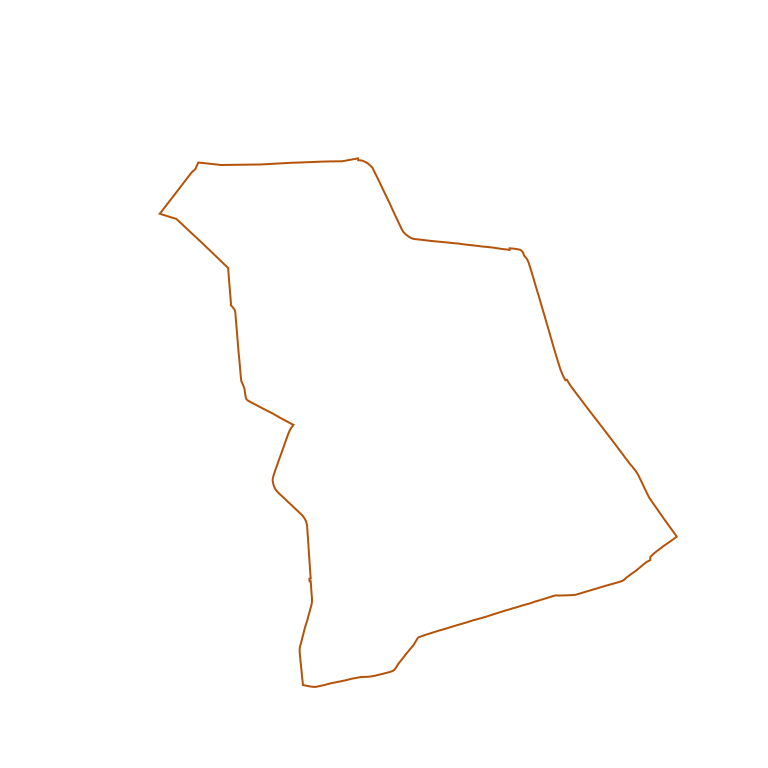 the district of Venustiano Carranza, Distrito Federal, Mexico, rotated 245°
{"feature_id": "50627088B79024573117957", "entity_name": "Venustiano Carranza", "entity_type": "district", "adm_level": 2, "iso_a3": "MEX", "parent_name": "Mexico", "parent_adm1": "Distrito Federal", "projection": "mercator", "projection_center": [-99.095, 19.432], "detail": "fine", "context": "isolated", "style": "outline", "palette": "amber", "viewbox_px": 768, "rotation_deg": 245, "n_neighbors": 0, "source": "geoboundaries", "source_scale": "gbopen_adm2", "svg_char_len": 5674}
<svg xmlns="http://www.w3.org/2000/svg" viewBox="0 0 768 768"><g transform="rotate(245 384 384)"><path d="M145.5,183.2L141.4,188.8L139.1,192.4L138.1,194.9L137.9,195.9L136.3,203.1L135.6,207.4L135.0,210.3L132.8,219.3L132.4,221.1L131.6,224.3L130.6,229.9L128.1,239.5L126.5,243.2L126.5,243.3L126.2,243.9L125.2,246.2L123.4,252.5L122.9,255.2L122.0,259.7L120.6,267.2L120.3,270.0L120.3,271.3L120.7,272.8L121.8,274.9L122.6,276.1L124.1,278.3L130.2,290.4L132.2,294.5L134.5,299.5L135.0,300.6L139.5,307.2L139.8,308.4L139.2,315.0L138.5,320.3L137.9,325.1L137.3,329.7L136.2,336.3L135.1,344.6L133.9,352.4L133.0,358.4L132.2,364.8L131.2,370.5L129.9,378.6L129.2,384.5L128.5,389.8L128.1,392.9L127.3,399.0L127.0,400.5L126.4,405.0L125.9,408.3L125.4,411.1L124.8,416.1L123.7,422.3L123.4,424.0L123.3,424.7L123.0,429.0L122.6,431.1L122.4,432.2L122.4,432.6L121.4,439.7L120.6,446.0L119.8,450.5L119.3,451.3L118.3,453.3L115.8,459.0L112.9,465.9L112.0,468.6L110.5,478.7L110.2,480.9L108.8,490.2L107.3,500.6L106.8,503.6L105.6,510.8L104.8,516.5L105.1,518.9L106.1,521.9L107.2,527.3L107.8,530.6L108.3,533.3L109.0,536.2L110.1,540.3L111.0,543.5L111.7,546.7L111.8,549.1L111.8,550.9L114.8,552.3L116.1,556.4L117.1,560.1L118.0,564.3L118.5,566.8L118.8,567.8L120.7,578.6L121.9,584.8L122.1,584.8L133.9,582.6L138.4,581.7L145.2,580.4L149.1,579.8L149.9,579.6L153.2,579.0L153.9,578.9L157.9,578.2L159.8,577.9L163.1,577.3L168.9,576.3L179.8,576.1L185.5,576.1L191.2,576.0L194.5,575.9L197.9,575.5L199.0,575.3L202.8,574.4L204.3,574.1L204.8,573.9L205.3,573.7L207.3,573.2L209.7,572.7L214.2,571.7L228.1,568.8L247.0,564.7L255.9,562.7L259.1,562.0L264.7,560.7L273.3,558.8L278.2,557.7L284.4,556.4L290.0,555.2L299.6,553.1L304.9,552.1L310.5,551.6L310.8,550.0L311.3,550.0L314.3,549.8L316.4,549.8L317.8,549.8L321.8,550.0L323.9,550.2L326.8,550.6L327.5,550.7L330.4,551.1L333.3,551.5L336.2,551.9L339.1,552.3L341.8,552.7L344.9,553.2L345.2,553.2L349.8,553.9L354.5,554.7L354.9,554.7L358.6,555.3L364.0,556.2L369.0,556.9L373.3,557.6L377.7,558.3L383.1,559.1L387.1,559.7L390.5,560.2L394.2,560.8L398.1,561.4L401.9,561.9L405.9,562.5L409.4,563.0L413.2,563.6L417.0,564.2L420.8,564.7L425.3,565.4L428.4,565.8L432.5,566.3L434.7,566.4L435.5,566.5L435.9,566.5L437.8,566.2L440.4,565.5L441.0,565.2L444.2,565.6L446.1,565.1L447.9,564.4L450.8,560.5L453.9,555.2L453.7,555.1L452.4,554.4L453.8,552.5L454.5,551.3L455.2,550.1L456.7,547.7L459.0,544.2L460.6,541.9L462.1,539.6L463.8,536.7L465.1,534.6L466.2,532.6L467.5,530.5L469.9,526.7L472.1,523.1L474.9,518.5L476.6,515.8L478.4,512.8L479.1,512.0L479.7,511.1L480.0,510.5L480.1,510.3L480.5,509.6L486.9,498.8L492.6,489.1L493.2,488.0L498.2,480.0L500.3,476.5L502.9,472.3L504.0,471.0L505.8,469.5L507.2,468.6L509.1,467.6L511.0,466.7L513.0,466.0L514.4,465.7L516.4,465.5L516.9,465.5L531.6,465.4L538.0,465.4L545.6,465.5L559.3,465.3L571.6,465.2L584.9,464.9L585.3,464.8L586.1,464.5L587.3,464.0L588.4,463.6L589.4,463.2L590.3,462.8L591.0,462.3L591.7,461.9L592.4,461.5L593.2,460.9L594.2,460.0L595.4,458.9L596.1,458.1L596.6,457.2L597.1,456.3L597.7,455.2L599.5,455.8L600.6,451.5L602.8,443.0L603.5,440.4L605.3,436.3L606.7,433.2L607.0,432.5L609.0,428.1L611.3,422.8L611.7,421.9L621.2,399.2L622.4,396.5L623.1,394.9L635.2,364.7L649.6,332.8L651.2,329.1L654.2,324.2L660.4,314.0L661.9,311.5L663.2,309.3L658.5,303.8L656.9,298.7L656.1,297.3L653.4,292.0L653.2,291.6L647.7,281.1L647.1,279.8L646.5,278.8L640.7,267.5L640.3,266.7L633.3,253.2L633.1,252.7L631.2,254.7L628.6,257.6L625.7,260.8L625.0,261.5L623.6,263.1L621.5,265.5L616.5,267.6L612.4,269.2L607.1,271.3L601.4,273.6L597.7,275.1L588.8,278.7L584.4,280.4L579.5,282.3L574.7,284.2L569.2,286.3L562.1,289.0L556.0,291.4L555.1,291.8L552.8,290.9L551.5,290.4L547.2,288.8L543.2,287.3L538.9,285.7L534.8,284.2L521.3,279.2L520.3,278.4L517.4,279.4L515.4,279.8L514.6,279.9L513.5,279.8L512.6,279.7L512.0,279.6L503.4,276.4L471.7,264.7L466.2,262.8L465.1,262.4L454.7,258.6L447.1,255.9L443.0,255.9L440.4,255.7L438.7,255.5L431.9,253.5L430.0,253.0L428.1,252.9L426.2,253.9L423.6,255.8L415.3,262.1L407.6,268.0L405.4,269.8L397.8,275.2L387.1,283.2L385.2,284.7L384.2,282.6L382.6,280.0L379.9,276.8L377.9,274.8L375.0,271.9L373.6,270.5L372.6,269.5L369.8,266.8L367.9,264.9L367.4,264.5L365.3,262.4L362.9,260.0L361.5,258.6L360.3,257.4L357.9,255.0L357.0,254.2L355.2,252.4L353.7,250.9L352.6,249.8L351.2,248.5L348.8,246.2L347.6,245.1L346.0,243.8L345.4,243.3L343.8,242.4L342.2,241.9L340.3,241.4L338.9,241.2L336.9,241.0L334.8,241.1L333.4,241.3L332.3,241.6L329.8,242.4L329.0,242.7L325.3,244.2L325.1,244.3L321.1,245.9L318.2,247.0L314.8,248.4L312.1,249.5L311.3,249.8L308.1,251.0L305.3,252.2L304.4,252.5L299.5,254.4L298.9,254.6L295.7,255.2L294.3,255.3L293.6,255.3L292.0,255.2L290.1,254.9L288.3,254.5L288.1,254.4L287.9,254.4L287.6,254.2L284.7,253.1L284.1,252.9L282.4,252.2L280.1,251.3L276.8,250.1L273.6,248.8L270.9,247.8L269.3,247.2L268.0,246.6L265.0,245.5L260.7,243.8L259.3,243.3L256.2,242.1L253.4,241.0L252.0,240.5L250.6,239.9L247.7,238.8L244.9,237.7L243.3,237.1L242.0,236.6L238.7,235.4L239.1,234.1L237.9,233.6L236.7,233.2L236.3,234.2L232.8,232.9L231.4,232.4L230.0,231.8L228.2,231.1L227.3,230.8L226.2,230.4L224.2,229.6L220.8,228.4L219.8,228.0L219.4,227.8L218.1,227.2L217.0,226.6L216.4,226.3L215.3,225.5L214.3,224.7L213.4,224.0L211.2,222.1L210.7,221.7L208.4,219.8L205.7,217.4L205.2,217.0L202.6,214.9L201.9,214.3L199.1,211.6L196.9,209.7L195.2,208.2L191.8,205.5L189.3,203.4L187.0,201.5L186.2,200.9L183.1,198.3L182.0,197.3L181.6,197.0L180.9,196.5L180.3,196.1L179.5,195.6L178.9,195.3L178.1,194.9L177.8,194.8L176.6,194.3L174.4,193.5L171.4,192.4L171.1,192.3L167.9,191.1L165.0,190.2L162.1,189.1L159.0,188.1L158.6,187.9L153.2,186.0L150.0,184.9L147.2,184.0L146.5,183.6L145.9,183.4L145.5,183.2Z" fill="none" stroke="#b45309" stroke-width="2"/></g></svg>